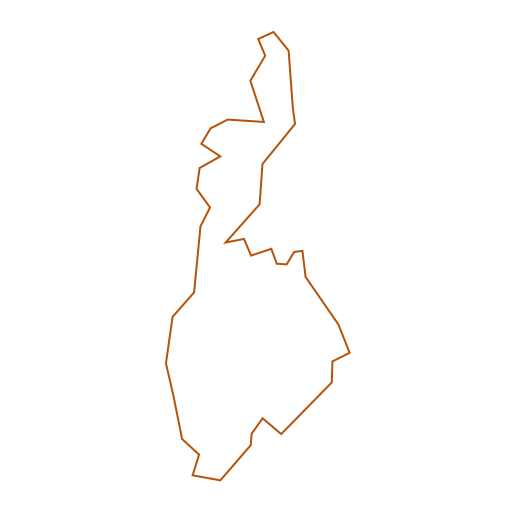 Balikchi, Andijon, Uzbekistan, rotated 269°
{"feature_id": "79887680B83783750285082", "entity_name": "Balikchi", "entity_type": "district", "adm_level": 2, "iso_a3": "UZB", "parent_name": "Uzbekistan", "parent_adm1": "Andijon", "projection": "albers", "projection_center": [71.96, 40.86], "detail": "fine", "context": "isolated", "style": "outline", "palette": "amber", "viewbox_px": 512, "rotation_deg": 269, "n_neighbors": 0, "source": "geoboundaries", "source_scale": "gbopen_adm2", "svg_char_len": 698}
<svg xmlns="http://www.w3.org/2000/svg" viewBox="0 0 512 512"><g transform="rotate(269 256 256)"><path d="M157.6,347.9L186.1,337.2L191.5,333.6L234.2,305.2L260.3,302.5L259.4,294.2L247.1,286.5L247.9,276.7L262.9,271.4L256.5,251.1L273.3,244.3L270.0,225.9L307.6,260.5L347.9,264.1L387.3,297.3L403.6,295.4L460.7,292.2L479.7,277.4L472.9,262.0L456.1,268.7L431.4,253.4L389.9,266.2L392.9,230.1L384.5,212.9L369.1,203.3L356.2,222.0L345.0,201.2L324.2,197.7L305.3,210.9L286.6,201.0L220.7,193.5L196.6,171.5L150.2,164.1L117.2,171.1L74.3,178.9L58.4,195.6L37.8,188.8L32.3,216.4L67.0,247.5L78.3,248.5L93.6,259.7L77.5,278.1L128.3,329.6L149.3,330.6L157.6,347.9Z" fill="none" stroke="#b45309" stroke-width="2"/></g></svg>